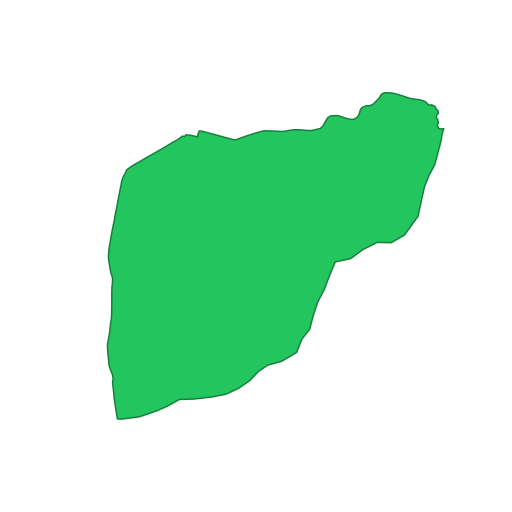 Debubawi Mibrak, Maekel, Eritrea (Mercator projection), rotated 15°
{"feature_id": "51966322B67298310056264", "entity_name": "Debubawi Mibrak", "entity_type": "district", "adm_level": 2, "iso_a3": "ERI", "parent_name": "Eritrea", "parent_adm1": "Maekel", "projection": "mercator", "projection_center": [38.948, 15.319], "detail": "fine", "context": "isolated", "style": "filled", "palette": "green", "viewbox_px": 512, "rotation_deg": 15, "n_neighbors": 0, "source": "geoboundaries", "source_scale": "gbopen_adm2", "svg_char_len": 2409}
<svg xmlns="http://www.w3.org/2000/svg" viewBox="0 0 512 512"><g transform="rotate(15 256 256)"><path d="M391.9,67.2L390.3,65.3L386.7,64.5L384.3,65.5L381.5,64.3L379.4,63.0L373.5,62.7L371.3,63.1L364.1,63.9L350.2,63.2L346.6,63.3L343.1,63.8L337.9,65.0L335.5,67.0L333.9,72.1L329.4,79.6L326.7,81.5L323.4,82.4L319.8,85.5L319.1,87.2L318.8,92.8L318.0,95.4L316.3,97.7L314.1,99.1L311.5,99.5L307.7,99.7L303.7,99.4L298.6,99.2L294.5,100.5L291.7,101.4L289.6,103.8L288.7,106.3L287.5,111.0L286.9,113.4L285.0,116.3L282.1,117.8L278.0,120.0L276.1,120.7L271.5,121.8L266.7,122.5L259.7,124.3L254.0,126.8L250.1,128.7L241.5,130.6L239.3,131.0L231.6,132.9L227.6,135.0L225.3,136.5L222.1,138.3L219.1,140.4L216.5,141.9L214.4,143.4L205.8,149.4L199.8,149.5L194.9,149.5L190.7,149.5L186.5,149.4L182.1,149.4L176.1,149.4L172.6,149.4L168.9,149.8L168.4,153.3L168.6,156.0L162.1,156.3L157.1,156.9L156.0,159.1L153.9,159.2L151.0,163.0L145.8,168.1L136.8,177.4L135.2,179.0L131.1,183.1L129.0,185.1L125.2,188.8L121.0,193.1L116.7,197.4L114.4,199.6L111.9,202.4L108.7,206.4L108.5,209.3L107.6,212.5L107.1,215.2L107.0,217.5L107.0,219.6L107.3,223.1L107.5,225.8L107.6,227.7L107.8,230.7L108.0,233.5L108.2,237.0L108.4,239.7L109.0,245.1L109.1,249.2L109.3,252.3L109.5,254.5L109.8,256.8L110.0,259.9L110.5,268.6L111.1,275.7L112.2,287.5L112.7,289.9L113.5,294.5L114.7,297.8L115.7,300.1L117.4,303.9L118.8,307.1L120.0,309.4L121.1,311.2L122.9,314.0L123.7,316.5L124.6,320.8L125.0,324.1L125.7,326.5L126.4,329.7L127.1,332.2L128.4,337.0L129.3,340.4L130.1,343.8L131.5,349.1L132.2,352.4L132.7,354.6L132.9,358.3L134.5,368.6L134.9,372.9L135.2,377.0L135.3,379.2L135.8,381.5L138.3,388.8L140.5,394.6L141.7,398.0L142.7,400.3L144.3,402.6L148.4,408.2L149.7,411.6L150.2,415.4L151.4,418.5L152.9,422.2L154.7,427.0L155.6,429.6L157.2,433.3L159.4,438.3L161.5,443.1L163.0,446.3L164.4,449.3L168.7,448.2L171.0,447.3L177.7,444.5L184.8,441.6L199.8,431.5L209.5,423.8L219.1,414.4L232.3,410.5L250.4,403.4L262.9,397.1L273.5,388.2L282.4,377.7L288.2,366.9L295.8,358.2L308.0,351.1L320.2,338.6L321.8,324.5L326.8,312.9L326.7,298.7L327.6,284.1L330.6,270.6L332.2,255.3L334.1,241.2L348.1,234.0L357.6,222.1L369.5,211.5L383.1,208.2L394.0,197.3L402.2,175.7L400.8,146.1L402.2,133.6L405.0,121.8L405.0,109.4L404.9,97.2L404.2,89.2L404.3,84.5L401.6,85.5L399.6,85.7L397.4,83.0L397.5,79.9L396.2,77.1L394.3,75.5L394.1,72.2L395.3,71.2L394.5,69.0L391.9,67.2Z" fill="#22c55e" stroke="#15803d" stroke-width="1.5"/></g></svg>